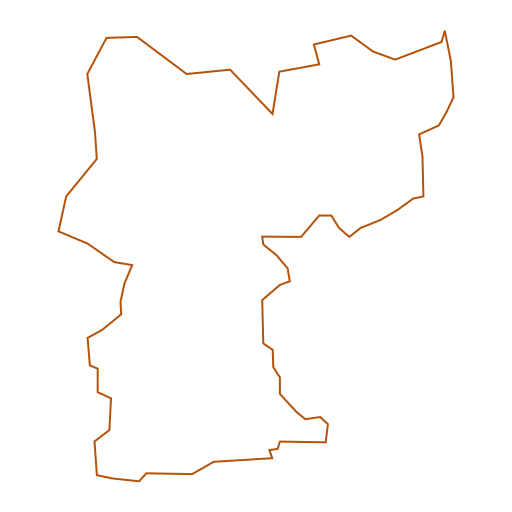 outline of Lezhë, Lezhë, Albania
{"feature_id": "67620474B20431026689517", "entity_name": "Lezhë", "entity_type": "district", "adm_level": 2, "iso_a3": "ALB", "parent_name": "Albania", "parent_adm1": "Lezhë", "projection": "equal_earth", "projection_center": [19.698, 41.807], "detail": "fine", "context": "isolated", "style": "outline", "palette": "amber", "viewbox_px": 512, "rotation_deg": 0, "n_neighbors": 0, "source": "geoboundaries", "source_scale": "gbopen_adm2", "svg_char_len": 1045}
<svg xmlns="http://www.w3.org/2000/svg" viewBox="0 0 512 512"><path d="M313.9,44.5L319.2,64.3L279.3,71.7L272.5,114.0L255.6,96.3L230.1,69.7L186.6,74.0L137.0,36.9L106.5,37.9L87.3,74.0L94.9,131.5L96.8,158.9L66.2,196.4L60.7,221.3L58.5,231.4L87.6,243.6L114.2,262.1L132.2,265.1L124.4,283.6L120.5,302.0L121.2,314.3L102.4,329.7L87.6,337.9L89.9,365.5L97.7,368.6L97.7,392.2L111.0,398.3L109.4,430.1L94.5,441.4L96.9,475.2L112.1,478.4L139.2,481.3L146.3,473.3L192.1,474.1L213.7,461.8L272.2,458.2L269.4,450.2L277.7,448.8L279.9,441.6L325.7,442.3L327.9,424.2L320.2,417.0L305.3,419.2L296.4,411.9L287.1,401.8L279.9,393.9L279.9,377.3L273.3,367.2L272.7,349.9L263.3,343.4L262.2,300.1L279.9,284.9L289.8,281.3L287.6,268.3L276.6,255.3L263.3,244.5L262.2,236.6L301.1,236.9L319.2,215.5L331.3,215.5L339.0,227.9L349.4,236.9L360.6,227.9L380.4,220.0L397.6,209.9L413.1,198.6L423.4,196.4L422.5,156.9L419.1,134.4L438.9,125.4L446.6,111.9L453.5,97.2L450.9,61.2L444.8,30.7L441.5,42.0L395.1,59.6L373.1,51.6L351.1,35.6L313.9,44.5Z" fill="none" stroke="#b45309" stroke-width="2"/></svg>